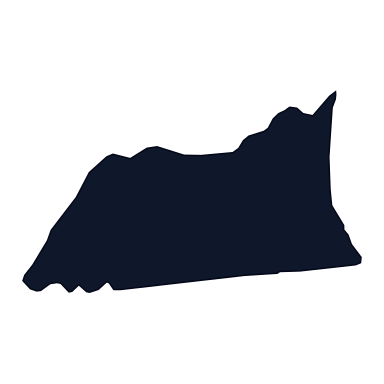 outline of El Adelanto, Jutiapa, Guatemala
{"feature_id": "79465075B13602510028618", "entity_name": "El Adelanto", "entity_type": "district", "adm_level": 2, "iso_a3": "GTM", "parent_name": "Guatemala", "parent_adm1": "Jutiapa", "projection": "natural_earth1", "projection_center": [-89.854, 14.18], "detail": "fine", "context": "isolated", "style": "filled", "palette": "ink", "viewbox_px": 384, "rotation_deg": 0, "n_neighbors": 0, "source": "geoboundaries", "source_scale": "gbopen_adm2", "svg_char_len": 865}
<svg xmlns="http://www.w3.org/2000/svg" viewBox="0 0 384 384"><path d="M113.8,289.5L120.5,289.5L244.4,275.3L277.3,273.2L279.7,271.5L299.8,270.9L355.6,264.7L360.5,262.7L361.0,257.3L351.3,244.4L347.9,234.9L343.7,229.9L343.6,225.4L331.6,205.5L330.0,189.5L328.8,156.9L332.1,107.5L335.2,99.3L335.7,94.6L335.5,91.8L329.6,96.3L312.8,115.8L303.0,113.7L296.7,108.2L289.7,107.3L284.7,110.9L278.7,113.7L273.3,118.9L268.3,128.3L264.1,131.4L249.0,136.1L243.5,140.6L238.8,148.4L232.9,152.7L201.1,155.6L184.0,155.3L157.0,146.8L147.0,148.3L130.3,158.7L113.0,154.3L106.8,156.9L89.4,172.5L76.4,197.4L51.3,230.2L47.5,240.7L32.9,265.0L24.8,275.3L23.0,280.7L30.4,288.7L36.7,290.9L40.7,290.4L50.0,283.6L57.0,282.5L60.9,283.3L69.0,291.9L71.9,291.3L78.8,284.7L86.6,291.6L89.6,292.2L98.2,289.4L106.7,281.7L109.3,282.8L113.8,289.5Z" fill="#0f172a" stroke="#020617" stroke-width="1.5"/></svg>